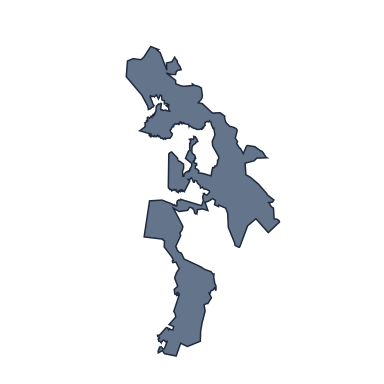 the district of San Carlos Yautepec, Oaxaca, Mexico, rotated 162°
{"feature_id": "50627088B30375363427606", "entity_name": "San Carlos Yautepec", "entity_type": "district", "adm_level": 2, "iso_a3": "MEX", "parent_name": "Mexico", "parent_adm1": "Oaxaca", "projection": "equal_earth", "projection_center": [-95.927, 16.423], "detail": "fine", "context": "isolated", "style": "filled", "palette": "slate", "viewbox_px": 384, "rotation_deg": 162, "n_neighbors": 0, "source": "geoboundaries", "source_scale": "gbopen_adm2", "svg_char_len": 6111}
<svg xmlns="http://www.w3.org/2000/svg" viewBox="0 0 384 384"><g transform="rotate(162 192 192)"><path d="M257.8,40.9L249.5,51.7L244.2,46.5L230.2,47.5L226.7,57.2L222.8,64.5L216.4,74.5L215.3,81.1L212.0,81.4L211.5,81.0L206.2,85.4L207.1,90.6L206.0,90.2L204.4,92.3L202.7,92.1L200.2,93.8L199.7,90.8L198.2,95.3L198.6,97.7L197.7,104.2L196.4,107.3L197.5,107.5L198.5,110.3L204.2,114.8L206.4,117.7L220.2,130.7L221.1,137.2L223.2,139.1L224.2,142.1L223.9,143.5L224.4,145.1L216.2,154.1L216.2,156.8L213.4,158.8L211.3,162.0L214.7,182.3L210.3,177.4L201.9,175.9L199.2,178.1L198.0,177.9L197.7,177.2L196.2,176.3L196.4,175.6L195.6,174.0L196.0,171.6L195.8,170.6L195.2,170.0L194.3,170.3L194.1,169.8L193.0,171.8L192.6,173.6L187.0,172.6L182.6,169.4L182.8,178.5L181.8,178.1L178.9,178.2L174.4,179.3L172.3,176.7L174.5,173.0L171.3,169.9L170.6,171.3L164.9,166.2L164.7,160.5L168.4,147.1L167.2,130.8L167.5,127.8L164.7,125.1L163.9,124.8L162.8,126.0L149.5,142.7L139.5,146.8L132.0,129.8L118.1,136.4L118.1,138.0L119.7,139.9L122.2,141.1L119.5,151.6L120.9,153.2L121.8,155.6L121.6,156.8L122.4,158.3L118.6,157.5L116.6,159.1L121.5,166.3L121.4,167.4L126.4,179.0L131.7,187.7L135.4,191.8L132.6,203.0L123.2,202.5L119.9,204.2L110.2,201.4L110.9,202.2L112.1,207.2L112.9,209.1L114.2,210.1L118.1,215.6L124.6,219.0L125.9,218.9L131.4,212.7L132.4,218.2L133.4,219.6L134.5,224.4L133.1,225.8L134.2,229.8L130.0,236.5L130.2,238.2L131.7,240.1L136.0,243.0L138.3,247.7L138.2,252.3L137.4,254.0L140.8,258.7L148.2,260.8L154.9,272.9L158.5,274.9L153.8,277.8L152.4,280.2L151.0,288.0L152.9,290.3L157.4,293.2L157.5,294.0L158.3,294.7L158.5,293.1L166.9,295.0L169.6,296.3L174.0,299.9L173.1,303.3L179.7,313.2L175.5,310.2L171.4,308.8L169.8,311.2L168.1,312.1L164.5,311.7L164.7,315.1L165.9,319.1L165.6,321.9L166.5,323.5L166.8,325.5L170.8,322.1L176.4,322.5L178.3,315.6L179.2,334.3L181.5,337.9L180.0,337.9L186.3,343.1L196.2,335.1L199.6,333.6L206.9,337.0L212.9,336.5L218.9,322.0L209.8,299.8L207.5,287.3L208.0,283.9L205.6,284.0L204.2,284.9L202.6,284.9L201.4,286.0L202.0,287.7L202.0,291.1L202.4,292.2L202.1,293.7L202.5,295.2L201.7,296.4L200.5,295.0L199.2,295.1L198.3,294.0L195.9,295.4L195.1,290.8L192.3,294.0L191.2,293.2L192.1,288.9L190.1,287.3L191.1,284.3L188.6,283.9L187.1,282.0L187.4,281.3L189.1,282.3L189.9,282.1L188.2,279.8L188.6,277.5L188.3,275.8L190.7,277.0L191.7,278.1L194.3,278.4L195.0,279.4L196.0,279.6L196.2,280.4L193.8,285.5L194.4,286.0L195.7,285.6L196.7,286.0L199.4,284.6L201.6,279.5L202.1,279.4L202.8,278.1L203.2,278.5L203.8,277.8L204.6,277.8L204.4,276.4L205.3,276.3L205.6,277.2L206.3,276.4L206.9,276.6L207.2,275.6L207.7,276.6L209.6,275.3L210.7,276.8L211.6,276.5L212.2,273.4L213.0,274.0L213.3,273.8L213.2,272.8L215.5,272.3L215.3,271.7L216.6,268.4L222.8,266.4L213.5,260.0L215.0,259.7L215.2,258.8L214.9,258.5L214.1,259.1L214.4,258.2L214.0,256.5L213.8,257.6L212.9,258.3L212.4,257.3L211.1,256.3L210.4,257.3L209.1,255.6L207.3,256.7L207.0,255.1L206.0,255.6L205.0,252.7L203.6,252.5L203.0,250.9L201.8,251.2L201.0,250.5L200.8,251.5L199.9,250.8L198.7,250.8L196.4,249.9L193.8,251.7L192.7,253.6L193.7,255.3L193.7,257.7L192.7,257.9L190.9,259.9L189.3,259.8L189.2,261.3L187.6,261.4L186.9,262.2L185.5,261.2L184.9,261.6L184.1,261.2L184.0,260.4L183.4,260.3L182.9,261.4L182.1,261.3L181.9,262.1L181.2,262.4L180.4,261.4L181.1,261.1L181.0,260.4L180.5,260.6L179.7,259.7L178.5,260.5L177.7,259.0L174.4,257.3L174.6,255.2L173.9,256.0L171.8,253.1L171.4,253.1L170.6,251.9L169.2,251.5L168.6,250.3L165.7,249.2L163.8,249.4L163.6,248.6L162.7,248.7L162.0,250.1L161.2,249.5L160.2,250.8L158.9,251.3L158.9,252.5L158.0,254.1L155.6,254.4L154.5,253.5L153.3,254.2L153.3,253.6L152.2,252.3L152.7,250.8L152.4,246.1L152.1,245.5L151.4,246.5L152.6,239.1L157.1,233.8L158.1,229.7L155.7,217.0L157.0,214.4L157.9,214.3L158.4,212.6L160.4,209.4L162.2,209.6L162.9,208.6L163.8,208.7L164.1,208.3L164.9,208.8L168.9,201.5L176.3,206.5L180.0,208.2L178.9,210.0L180.2,212.3L181.7,213.3L180.5,216.1L179.3,216.0L178.8,217.8L180.7,218.7L181.8,220.3L180.9,221.1L180.2,220.7L179.2,222.1L179.1,223.1L178.1,222.8L178.1,226.5L179.1,227.4L179.9,229.6L178.7,233.4L177.2,236.0L173.4,237.3L173.3,238.1L170.9,238.2L171.1,241.2L171.8,243.5L173.2,244.4L173.5,242.9L174.6,241.6L176.5,242.8L178.1,242.9L177.3,241.3L178.3,240.0L178.5,238.7L179.3,238.8L181.3,231.9L182.6,232.1L187.8,226.0L183.4,219.1L184.5,216.5L187.1,214.3L187.0,213.8L187.7,213.0L188.3,213.2L188.6,212.4L189.4,212.4L189.5,213.0L191.9,212.7L194.3,211.0L194.6,209.6L195.9,209.7L194.6,214.7L192.6,217.1L191.4,221.2L194.2,225.0L195.3,225.6L195.6,227.3L195.3,228.6L199.0,236.4L200.7,236.3L202.3,235.4L213.1,203.8L212.8,202.4L212.1,202.0L212.3,201.1L211.0,200.6L210.9,199.3L208.9,199.9L208.7,199.4L207.7,199.8L207.5,199.0L206.5,199.1L206.8,197.4L205.4,197.2L205.9,196.3L205.3,195.7L205.0,196.6L204.3,196.5L203.6,197.3L203.2,196.2L202.8,196.7L202.6,196.3L201.8,197.5L201.0,197.2L201.4,196.3L201.3,195.7L200.4,195.4L199.9,196.1L199.2,194.7L190.8,203.1L191.7,205.1L190.3,204.4L188.8,205.7L188.0,205.5L187.6,201.0L186.7,200.6L186.2,201.8L185.7,202.1L184.0,200.9L184.1,198.8L182.3,195.6L182.7,193.1L180.5,193.3L180.1,191.7L179.4,191.0L177.6,190.2L175.1,187.6L175.5,186.3L178.7,184.4L180.1,185.4L180.7,186.9L181.6,187.0L181.5,186.5L183.4,184.1L183.9,180.3L187.1,176.0L205.2,188.6L206.1,187.7L207.0,188.5L208.6,188.1L209.6,186.9L210.4,183.8L211.2,183.3L212.1,184.0L212.3,185.1L212.8,185.5L213.2,185.0L214.0,185.2L214.7,186.8L223.1,193.6L235.1,196.7L251.4,164.1L234.2,156.1L234.3,155.1L233.3,153.9L235.4,148.3L231.4,136.9L230.8,134.1L230.9,132.8L231.8,132.7L232.2,131.3L232.0,130.7L229.0,130.4L227.8,123.2L231.7,120.0L235.1,115.6L234.7,106.7L239.0,104.9L239.9,100.2L238.9,99.5L238.5,98.4L237.7,99.1L237.8,100.6L236.6,101.0L235.7,99.2L237.1,98.1L236.1,97.9L246.2,84.1L245.6,81.2L246.1,78.1L254.8,73.0L251.0,69.8L252.8,66.7L254.7,67.7L255.7,69.0L257.0,68.2L257.0,70.4L258.3,71.0L267.2,65.9L269.1,66.4L269.3,65.2L267.9,63.6L268.0,63.1L269.7,62.5L269.6,60.1L268.4,59.6L268.0,58.3L267.7,59.1L266.8,58.9L265.3,60.0L264.5,59.9L263.5,57.8L261.8,57.6L266.8,51.3L268.0,51.7L269.1,54.3L270.7,54.5L273.5,50.9L273.8,49.4L269.1,50.3L268.2,46.8L257.8,40.9Z" fill="#64748b" stroke="#1e293b" stroke-width="1.5"/></g></svg>